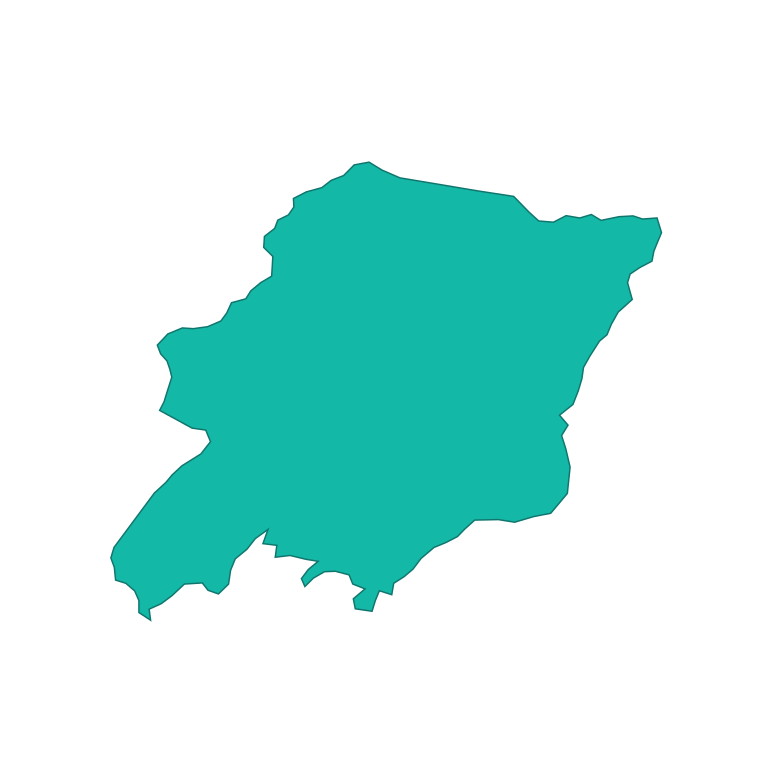 São Bernardino, Santa Catarina, Brazil (Equal Earth projection), rotated 79°
{"feature_id": "56859067B58324669548024", "entity_name": "São Bernardino", "entity_type": "district", "adm_level": 2, "iso_a3": "BRA", "parent_name": "Brazil", "parent_adm1": "Santa Catarina", "projection": "equal_earth", "projection_center": [-52.979, -26.487], "detail": "fine", "context": "isolated", "style": "filled", "palette": "teal", "viewbox_px": 768, "rotation_deg": 79, "n_neighbors": 0, "source": "geoboundaries", "source_scale": "gbopen_adm2", "svg_char_len": 1832}
<svg xmlns="http://www.w3.org/2000/svg" viewBox="0 0 768 768"><g transform="rotate(79 384 384)"><path d="M294.1,546.2L293.3,560.6L290.5,571.3L293.6,586.6L302.6,599.1L311.8,597.5L320.0,592.6L328.5,591.4L336.8,591.0L348.7,597.5L359.5,603.3L367.1,609.3L390.7,580.8L395.2,567.8L407.5,565.3L417.7,577.1L425.7,597.9L432.8,609.3L439.0,616.9L447.2,630.2L492.9,680.2L502.6,685.3L512.5,683.7L525.3,684.9L530.4,675.4L539.6,668.2L549.8,665.9L561.6,668.2L571.3,658.2L560.2,657.5L557.1,644.5L551.3,632.5L542.3,618.1L544.6,600.3L552.9,596.1L558.5,586.6L550.8,574.8L537.5,570.1L527.3,563.4L520.0,550.0L511.2,539.8L504.6,525.6L517.6,533.3L521.9,520.0L533.3,523.8L534.4,508.9L541.0,494.5L545.5,482.5L551.7,493.8L559.3,502.2L567.7,500.3L561.1,490.4L556.9,478.3L558.5,467.6L564.7,454.7L574.4,452.8L581.5,441.7L589.0,455.1L599.2,455.1L604.8,439.1L594.9,433.8L586.1,428.0L592.3,416.6L581.5,412.5L577.0,401.1L571.3,390.9L562.3,380.9L554.0,366.1L551.4,353.3L547.8,341.0L542.0,332.7L534.9,320.9L537.0,308.8L538.9,297.7L544.6,282.1L542.7,262.4L542.7,245.0L526.4,224.9L501.1,217.2L482.4,217.9L468.5,219.5L459.5,211.2L448.1,217.7L440.1,202.4L427.6,194.5L416.5,188.7L405.8,185.0L395.9,176.6L383.0,164.3L378.2,155.7L368.8,149.5L358.1,140.4L348.4,124.2L339.9,124.9L331.0,125.6L323.0,121.4L318.5,110.7L314.5,97.5L305.2,93.8L296.3,88.0L288.4,82.7L273.1,84.3L271.4,98.7L266.5,107.5L264.6,121.4L264.8,139.7L257.2,148.1L258.4,160.1L253.5,173.1L257.5,186.8L253.5,201.0L242.9,208.9L224.6,220.9L212.3,255.2L184.7,329.0L173.6,345.2L163.4,356.3L163.2,371.4L171.7,383.9L174.0,396.9L179.4,407.6L180.6,423.6L184.6,437.5L193.1,438.7L199.8,445.6L202.9,457.0L210.4,461.6L216.3,473.2L227.0,476.0L237.6,468.8L247.8,471.4L256.7,473.7L260.9,485.5L267.1,496.9L274.0,503.4L275.1,518.2L284.4,524.9L291.0,532.1L294.1,546.2Z" fill="#14b8a6" stroke="#0f766e" stroke-width="1.5"/></g></svg>